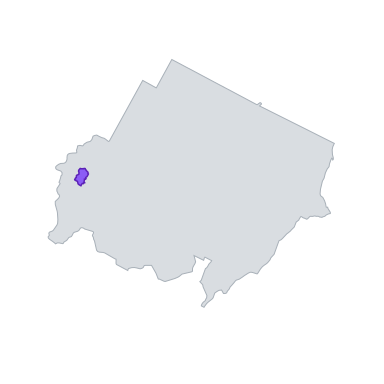 location of Zalingi, Central Darfur, Sudan, rotated 29°
{"feature_id": "16777658B14482741827107", "entity_name": "Zalingi", "entity_type": "district", "adm_level": 2, "iso_a3": "SDN", "parent_name": "Sudan", "parent_adm1": "Central Darfur", "projection": "albers", "projection_center": [23.544, 13.041], "detail": "fine", "context": "in_parent", "style": "filled", "palette": "violet", "viewbox_px": 384, "rotation_deg": 29, "n_neighbors": 0, "source": "geoboundaries", "source_scale": "gbopen_adm2", "svg_char_len": 5273}
<svg xmlns="http://www.w3.org/2000/svg" viewBox="0 0 384 384"><g transform="rotate(29 192 192)"><path d="M258.4,287.0L255.4,287.1L255.1,286.4L255.0,284.4L255.3,282.9L256.3,280.5L256.0,279.2L256.1,277.4L255.2,275.3L247.7,269.6L246.3,267.9L242.3,266.6L242.9,264.8L240.9,252.5L241.6,251.1L241.8,248.9L241.7,247.0L242.5,243.8L242.5,242.5L234.9,242.7L234.8,244.0L235.2,245.5L235.3,246.1L224.6,246.6L229.0,251.3L229.3,253.4L229.2,256.0L229.3,257.7L229.6,258.8L230.8,261.0L230.7,261.4L230.5,261.9L223.1,268.6L221.9,271.7L221.0,273.3L218.9,276.0L212.1,283.1L211.0,283.6L205.7,284.0L205.2,284.2L204.8,284.5L204.6,284.4L199.9,280.5L192.2,275.8L187.2,278.5L185.9,279.5L185.9,281.8L185.2,283.0L183.9,284.3L180.2,285.3L178.2,286.0L175.9,287.4L173.7,289.6L173.6,290.8L173.9,291.8L161.0,292.0L160.1,291.2L158.2,287.6L156.9,287.8L145.1,287.6L143.5,288.0L140.1,289.5L138.4,289.8L136.7,289.1L130.4,282.0L129.1,281.2L127.7,279.5L126.4,278.7L125.9,278.2L125.8,277.4L125.8,275.9L125.4,274.9L124.4,274.6L116.1,276.4L114.9,276.2L113.2,276.5L112.6,276.8L111.9,277.8L111.8,279.7L111.6,280.7L111.0,281.8L108.6,284.3L108.1,285.3L108.2,288.0L108.1,289.4L107.7,290.0L106.7,291.0L106.3,291.6L105.9,295.1L104.7,297.1L104.3,297.9L104.3,299.4L104.1,299.8L100.3,301.0L98.9,301.8L98.1,303.0L97.8,303.5L96.2,303.1L94.2,302.8L90.2,302.4L88.7,301.9L87.9,301.0L88.2,299.0L87.8,298.5L87.2,298.1L86.7,297.2L86.8,296.2L88.9,293.7L89.3,292.5L89.9,286.4L89.7,284.6L88.1,281.2L84.3,275.3L83.4,274.2L78.7,269.4L78.2,268.7L77.0,266.6L78.3,262.2L78.4,260.9L78.1,259.7L76.9,258.7L75.8,258.6L74.5,257.4L73.6,256.9L72.8,255.8L72.2,254.3L72.6,249.1L72.4,248.4L71.2,248.2L70.9,247.8L70.9,246.8L70.3,243.8L69.6,241.3L70.0,240.0L69.0,238.1L67.1,237.3L63.4,237.9L62.2,237.8L61.4,237.4L60.9,236.7L60.6,235.9L60.9,234.7L61.9,232.5L63.3,230.7L66.0,229.0L66.7,228.1L67.1,227.1L67.2,226.0L67.0,224.8L66.7,223.7L65.9,222.3L65.2,220.6L65.2,219.4L65.5,218.6L66.3,217.6L68.9,215.7L71.6,214.1L72.1,213.5L71.9,212.9L70.7,211.5L70.3,209.0L69.6,207.2L71.0,205.8L72.0,205.3L73.6,204.9L74.2,204.4L74.4,203.3L74.4,202.3L74.9,201.5L75.7,199.9L76.3,199.1L78.4,197.2L78.8,195.9L79.0,194.7L78.4,191.1L79.6,189.6L81.1,188.4L83.3,188.4L86.7,188.2L89.0,187.6L90.6,187.7L94.4,188.3L94.8,188.0L95.0,187.1L94.8,118.3L110.1,118.3L110.3,118.2L110.1,85.9L205.9,84.2L206.7,84.0L208.1,81.0L208.7,80.7L209.7,80.9L210.1,81.6L209.3,84.0L292.9,80.5L293.2,84.2L294.1,87.1L296.7,91.2L298.8,93.4L299.6,94.6L299.7,95.1L299.6,95.7L299.0,95.1L297.9,94.7L297.9,96.7L298.6,100.7L299.6,103.5L299.1,106.2L299.4,110.6L300.8,115.9L300.8,119.3L303.0,127.2L304.9,131.5L305.9,132.6L307.0,133.1L309.0,133.3L312.2,135.4L314.7,137.7L315.6,138.9L316.8,140.2L317.6,139.9L318.0,139.5L318.9,140.5L322.8,142.7L323.4,143.8L322.1,144.9L320.6,146.9L320.0,148.7L319.6,149.2L318.4,150.4L318.2,150.9L317.7,151.3L317.1,151.4L315.9,152.0L314.7,151.9L313.6,152.3L313.1,152.7L312.2,153.1L311.0,153.4L309.1,155.0L307.4,155.8L306.9,156.4L306.1,159.4L305.5,160.2L303.0,160.4L301.8,160.7L300.1,160.5L299.2,160.6L299.0,161.2L298.9,163.8L299.0,164.8L297.7,167.8L298.4,173.1L297.2,177.2L297.1,178.1L295.8,181.4L295.2,182.6L293.7,188.7L293.1,190.5L291.7,192.5L294.0,206.7L292.9,211.2L293.1,213.6L292.4,217.2L291.8,218.8L290.7,220.9L289.8,223.1L289.2,226.1L288.9,231.6L288.6,232.1L284.1,233.0L282.6,233.5L281.7,234.1L280.6,235.6L278.4,239.6L277.3,242.0L275.6,245.3L273.4,247.7L273.0,248.9L272.7,251.0L272.0,254.3L271.4,256.7L271.6,258.6L271.0,261.8L271.2,263.4L270.5,264.4L269.4,265.2L268.7,265.5L265.4,263.4L263.2,265.0L261.9,267.2L260.9,269.4L261.7,273.9L261.7,274.9L261.4,276.0L259.5,280.5L258.9,282.5L258.4,286.1L258.4,287.0Z" fill="#d9dde1" stroke="#a8b0b8" stroke-width="1"/><path d="M83.3,237.9L83.5,238.2L83.6,238.3L83.8,238.2L84.2,238.2L84.7,238.1L84.8,238.3L85.0,238.4L85.4,238.4L86.3,238.2L86.8,238.4L87.3,238.9L88.2,239.9L88.6,240.2L89.2,240.3L89.8,240.4L90.5,240.4L91.4,240.4L91.7,240.4L91.8,240.4L91.8,239.8L91.8,239.1L91.8,238.8L91.8,238.6L91.9,238.2L91.9,237.9L91.9,237.7L92.0,237.6L92.7,237.3L92.8,237.3L92.9,237.2L93.0,237.2L93.0,236.7L93.0,236.4L93.4,236.1L93.6,235.9L93.4,235.8L93.2,235.8L92.9,235.8L92.7,235.9L92.4,234.6L92.2,234.1L92.0,233.4L91.9,233.3L91.9,233.1L92.1,233.0L92.2,232.9L91.9,232.8L92.0,232.7L92.6,231.9L92.8,231.7L92.3,231.4L92.0,231.0L92.0,230.8L92.1,230.6L92.6,229.7L92.7,229.4L92.7,228.9L92.7,227.9L92.7,227.4L92.7,226.6L92.6,226.4L92.2,226.4L91.9,226.2L91.8,225.9L91.7,225.5L91.6,225.3L91.5,225.2L91.4,225.2L91.2,225.1L90.8,224.9L90.6,224.9L90.3,224.8L90.2,224.8L89.9,224.7L89.7,224.7L89.4,224.6L89.1,224.4L88.9,224.3L88.8,224.2L88.7,224.2L88.3,224.0L88.1,224.0L87.9,223.9L87.7,223.7L87.4,223.5L87.3,223.4L87.2,223.5L86.9,223.5L86.6,223.6L86.3,223.6L85.7,224.4L85.4,224.4L85.3,224.5L85.1,224.7L84.8,224.8L84.5,224.9L84.2,225.1L83.8,225.4L83.6,225.5L83.4,225.6L83.2,225.6L82.9,225.6L82.9,225.8L82.7,226.0L82.6,226.3L82.6,226.5L82.5,227.4L82.3,227.8L82.5,228.2L82.5,228.3L82.7,228.8L82.8,228.9L83.0,229.2L83.3,229.4L83.6,229.5L83.7,229.8L84.0,230.3L84.2,230.8L84.4,231.3L84.0,231.8L83.8,232.4L83.6,232.6L83.2,232.9L83.1,233.4L83.0,233.7L83.1,234.0L83.4,234.6L83.5,234.9L83.7,235.2L83.8,235.4L83.8,235.5L83.5,235.8L83.4,236.2L83.3,236.4L83.3,236.6L83.4,237.0L83.4,237.3L83.4,237.5L83.3,237.8L83.3,237.9Z" fill="#8b5cf6" stroke="#5b21b6" stroke-width="1.5"/></g></svg>